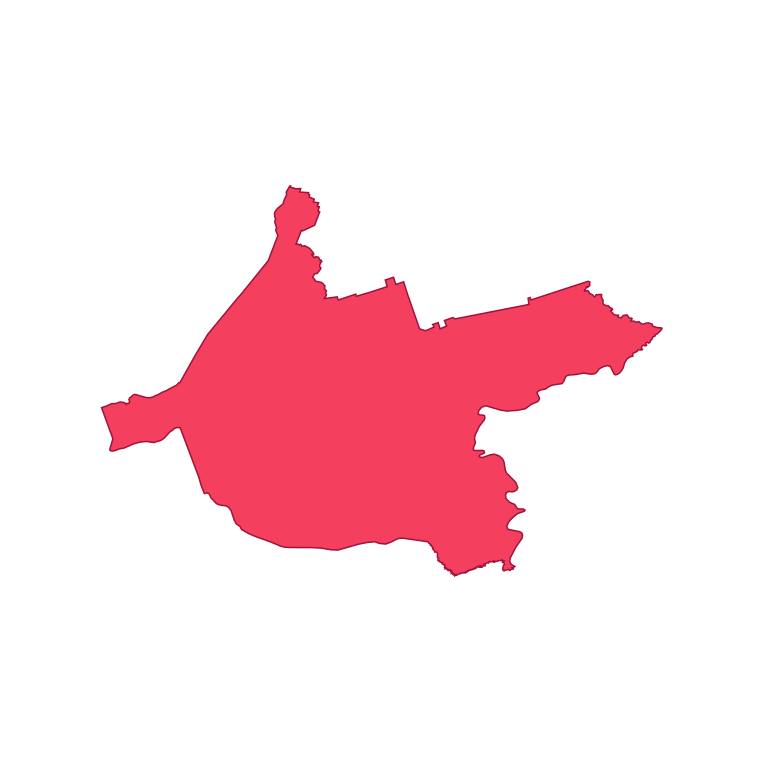 San Francisco, Petén, Guatemala, rotated 250°
{"feature_id": "79465075B83427933273433", "entity_name": "San Francisco", "entity_type": "district", "adm_level": 2, "iso_a3": "GTM", "parent_name": "Guatemala", "parent_adm1": "Petén", "projection": "equal_earth", "projection_center": [-89.989, 16.624], "detail": "fine", "context": "isolated", "style": "filled", "palette": "rose", "viewbox_px": 768, "rotation_deg": 250, "n_neighbors": 0, "source": "geoboundaries", "source_scale": "gbopen_adm2", "svg_char_len": 6171}
<svg xmlns="http://www.w3.org/2000/svg" viewBox="0 0 768 768"><g transform="rotate(250 384 384)"><path d="M602.3,363.2L597.8,357.8L594.8,357.0L591.7,353.7L587.7,350.5L585.6,344.4L583.6,341.1L582.0,339.5L578.4,338.5L576.6,338.8L574.4,337.1L573.0,336.7L567.6,336.5L565.6,334.8L559.9,335.1L539.4,317.3L516.7,279.5L515.1,276.3L491.0,235.4L475.0,215.8L455.1,192.7L455.3,191.4L453.9,188.8L452.6,179.0L452.2,178.4L452.1,172.8L451.3,168.2L451.2,164.3L450.8,163.7L451.1,159.5L452.4,156.2L459.4,146.5L459.4,144.2L458.3,141.8L458.2,140.7L456.6,138.9L454.5,139.0L453.2,137.6L453.8,135.1L453.2,134.7L455.2,133.8L457.3,130.1L457.5,128.0L457.2,127.2L457.8,123.6L458.7,121.7L458.2,115.7L458.4,110.5L425.2,110.5L416.9,104.3L415.3,103.8L414.4,104.7L413.8,106.1L413.4,108.9L413.6,112.8L412.7,117.9L413.4,127.5L412.9,134.6L411.2,141.3L407.8,147.4L407.3,155.0L408.2,158.7L412.3,166.6L413.0,170.1L413.9,171.5L413.9,174.6L412.6,177.5L359.9,178.1L351.6,177.5L342.5,177.7L342.1,180.6L340.5,182.2L336.6,182.4L329.1,185.5L327.5,187.0L325.2,190.4L323.6,193.8L321.6,195.6L317.6,197.0L306.9,196.7L302.9,197.4L299.4,200.0L296.1,200.3L289.8,205.6L284.7,211.0L274.3,223.5L266.7,231.7L264.3,235.4L262.5,239.7L254.9,260.3L251.3,268.8L246.4,277.4L243.7,283.9L242.2,305.1L240.9,313.6L239.0,321.2L235.7,325.3L233.0,330.9L233.1,337.2L233.9,343.0L233.6,346.2L232.6,349.1L220.6,371.5L219.4,371.6L217.2,373.0L216.7,372.4L215.8,373.3L213.9,373.5L213.6,374.1L212.2,373.4L210.2,374.3L208.7,374.2L208.3,375.6L207.0,376.4L202.6,374.9L201.9,375.6L199.9,374.3L199.1,374.5L199.0,375.6L197.6,375.7L196.0,377.7L195.5,377.1L194.7,377.3L194.5,378.2L193.4,378.4L192.8,379.5L191.0,378.1L190.1,379.2L189.6,378.3L189.2,379.8L188.4,379.5L187.5,380.5L186.7,380.4L186.6,380.9L187.3,381.3L186.6,381.8L187.0,382.4L186.5,382.7L186.0,382.4L185.5,383.2L184.8,382.6L184.8,383.5L184.2,383.1L183.5,383.7L183.1,383.0L183.0,384.1L182.1,384.2L181.7,383.5L180.4,384.5L181.0,385.3L180.6,386.0L179.7,385.4L180.0,386.2L179.4,386.8L179.8,387.2L179.6,387.8L180.0,388.3L179.7,389.9L180.1,391.1L179.6,391.4L179.9,391.9L179.3,394.2L179.5,394.7L178.6,395.6L179.2,396.1L178.9,396.8L179.3,396.9L178.8,397.4L179.4,398.1L179.3,398.9L179.9,399.0L179.5,401.0L180.0,401.4L179.4,402.0L179.9,404.0L179.8,404.4L179.3,404.2L179.3,405.1L179.7,405.6L179.4,406.2L180.1,406.4L180.3,407.1L179.5,407.6L180.5,409.1L179.9,409.9L180.5,410.4L180.1,411.8L180.3,412.8L179.6,413.3L179.7,412.1L179.1,411.3L178.2,413.4L179.5,415.6L178.5,416.7L179.5,417.3L179.9,415.9L180.4,416.0L180.6,420.6L180.0,421.1L181.2,422.2L180.9,423.1L180.2,423.5L180.1,427.1L179.7,427.3L179.5,425.9L179.0,426.1L178.6,432.6L178.1,433.3L178.4,434.9L177.2,435.2L176.6,436.2L176.3,434.2L175.7,434.3L175.7,435.4L173.8,435.5L173.3,435.4L172.3,433.8L169.2,432.1L167.6,432.5L167.3,432.9L167.7,433.7L167.0,437.8L165.7,438.4L166.5,440.7L166.0,441.1L166.1,442.2L167.5,441.6L167.1,442.9L168.1,443.6L167.6,443.9L167.8,444.6L170.1,442.5L172.6,441.4L175.0,441.8L177.2,443.0L185.5,452.0L191.7,460.8L194.0,462.3L195.4,462.6L197.1,462.5L198.9,460.9L205.1,450.7L208.3,450.7L211.9,454.2L214.5,459.2L216.5,465.0L216.5,472.5L217.2,473.4L218.9,472.1L220.7,467.4L221.3,466.8L226.1,465.6L230.0,461.5L234.7,459.4L238.3,460.4L240.1,462.0L240.3,464.8L238.9,467.3L238.5,469.7L239.1,472.4L240.7,474.3L246.5,474.2L258.4,468.7L261.3,468.5L269.9,470.1L273.4,469.7L277.3,467.4L280.3,463.7L281.1,459.6L281.2,452.1L282.1,449.5L283.4,448.8L284.4,449.2L284.7,454.3L285.3,455.0L286.9,455.1L287.9,453.8L290.6,446.2L291.5,445.5L294.0,446.6L297.5,449.8L302.1,450.5L304.9,452.3L311.6,459.1L316.0,466.0L317.6,467.2L319.8,467.6L320.6,467.0L322.1,463.5L323.3,462.5L325.2,462.9L327.1,464.7L328.8,468.1L328.7,472.3L319.6,484.6L316.7,489.8L313.7,500.0L312.4,508.3L314.4,515.1L314.9,522.0L315.5,523.6L316.6,524.8L317.8,525.3L322.9,524.7L323.7,525.1L324.6,526.9L324.8,529.8L324.0,533.8L325.1,537.9L325.4,541.8L323.5,551.4L325.0,553.8L328.7,557.2L329.2,558.6L329.2,560.7L327.3,567.4L326.0,575.2L322.6,581.5L321.6,584.8L321.9,587.2L324.8,591.8L325.3,597.0L324.7,600.6L323.0,602.7L314.5,603.7L313.5,604.5L313.2,606.5L314.0,609.5L315.6,612.2L317.3,614.2L321.7,617.5L324.3,620.8L325.3,623.9L325.1,627.4L326.8,627.8L327.7,628.6L328.0,632.7L329.2,634.7L328.0,637.2L327.9,638.4L328.2,638.8L329.4,637.9L330.0,638.1L331.7,640.1L331.7,641.4L330.7,642.1L330.3,643.5L330.7,644.1L332.1,643.6L333.2,644.6L333.2,645.6L332.0,646.5L332.0,648.0L333.5,649.1L334.5,651.2L336.1,652.6L336.4,655.2L337.4,655.6L337.7,658.0L340.1,663.2L341.1,664.2L341.7,664.1L343.9,659.5L346.3,656.5L346.9,656.1L347.8,656.5L348.7,656.3L351.0,653.3L351.6,651.2L351.5,647.9L352.7,646.3L355.4,644.9L355.8,641.6L357.3,640.8L358.8,637.6L360.6,639.5L361.2,639.2L362.0,637.1L365.8,636.0L366.6,632.4L365.0,629.4L367.0,626.7L368.5,627.8L369.4,625.4L370.9,623.6L375.3,622.0L375.7,622.4L375.4,623.4L375.7,624.2L377.0,624.1L378.8,622.3L380.7,621.7L381.9,619.2L383.9,617.5L385.5,617.4L387.3,618.5L391.3,618.0L393.7,619.1L395.3,614.3L395.0,613.2L394.0,612.3L394.0,611.5L396.9,610.2L398.8,608.1L401.4,608.0L402.2,607.1L402.6,604.3L403.0,604.1L406.1,608.0L406.2,608.5L405.2,608.6L406.1,611.0L409.5,612.3L410.7,610.9L412.7,550.8L415.3,550.9L415.4,548.8L409.2,547.3L420.9,472.8L422.9,471.5L423.0,462.5L416.9,462.6L416.8,455.5L423.1,455.9L423.3,450.1L420.4,450.6L419.8,441.4L423.6,436.3L460.5,436.8L473.3,437.4L473.5,429.1L481.0,429.5L481.3,420.8L474.4,420.3L475.0,402.4L475.9,388.0L478.1,388.2L478.6,369.7L481.9,369.8L484.8,356.5L485.0,357.6L486.1,359.1L487.5,360.5L489.1,360.1L491.4,361.8L493.4,360.7L496.8,362.1L497.6,361.2L498.6,361.3L500.8,360.0L504.3,354.6L506.1,354.7L507.3,353.9L508.9,353.6L511.3,356.5L510.7,359.0L513.4,363.3L514.7,364.4L515.6,363.7L518.0,364.3L519.1,365.7L520.2,365.8L519.9,366.5L520.5,367.5L522.2,367.1L522.7,366.0L525.4,365.9L527.1,363.2L526.3,362.4L527.4,361.3L530.4,360.3L529.6,362.2L531.2,362.5L536.9,360.5L541.0,356.9L541.5,354.1L543.8,353.5L543.6,352.1L545.1,350.8L545.5,349.2L556.5,358.8L555.7,359.7L556.9,373.1L567.8,382.5L569.1,381.2L572.7,383.8L573.5,382.0L576.7,384.5L579.1,379.9L581.5,381.7L585.4,377.6L587.1,378.9L588.6,377.8L589.6,378.6L593.2,370.5L596.2,372.6L597.4,368.3L601.2,363.1L602.0,363.9L602.3,363.2Z" fill="#f43f5e" stroke="#9f1239" stroke-width="1.5"/></g></svg>